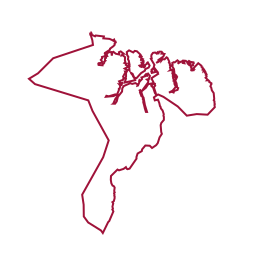 outline of Sør-Varanger nor, Finnmark, Norway, rotated 351°
{"feature_id": "86288312B98224162040661", "entity_name": "Sør-Varanger nor", "entity_type": "district", "adm_level": 2, "iso_a3": "NOR", "parent_name": "Norway", "parent_adm1": "Finnmark", "projection": "mercator", "projection_center": [30.163, 69.519], "detail": "fine", "context": "isolated", "style": "outline", "palette": "rose", "viewbox_px": 256, "rotation_deg": 351, "n_neighbors": 0, "source": "geoboundaries", "source_scale": "gbopen_adm2", "svg_char_len": 5742}
<svg xmlns="http://www.w3.org/2000/svg" viewBox="0 0 256 256"><g transform="rotate(351 128 128)"><path d="M37.9,63.9L43.0,70.1L93.1,94.5L95.6,105.6L107.0,137.2L98.9,153.0L72.3,186.7L72.2,196.8L70.5,208.5L73.9,215.1L85.3,225.0L86.7,227.8L93.7,217.8L94.9,217.0L100.5,208.1L99.8,206.0L100.5,205.4L100.3,203.3L101.6,200.2L101.0,198.8L102.5,198.1L103.7,195.5L104.1,193.6L103.8,192.8L104.2,192.0L104.0,190.2L104.8,189.6L104.5,188.1L105.5,184.8L105.0,183.4L103.7,182.4L102.9,180.0L102.9,176.5L103.7,172.7L111.1,167.4L112.5,168.4L117.2,167.7L119.8,166.3L120.4,168.1L121.1,168.6L123.2,168.4L131.6,159.6L131.8,158.0L133.5,154.7L138.0,153.0L138.6,151.3L142.4,148.0L146.7,148.9L148.6,151.5L153.1,149.4L155.0,147.6L157.7,142.2L160.5,139.1L160.2,137.1L160.7,130.3L161.7,128.2L164.7,125.6L165.2,122.5L164.9,121.5L165.5,120.0L164.9,116.1L163.6,113.9L163.4,111.9L163.0,111.4L162.8,108.1L162.0,104.7L158.8,104.9L158.4,101.8L161.5,100.2L160.1,97.8L159.1,92.0L157.6,90.0L157.8,88.2L158.3,89.5L159.2,88.9L158.3,87.7L154.8,87.9L151.9,91.1L147.4,93.7L146.8,95.0L147.5,99.3L148.1,100.4L148.3,108.0L149.3,115.1L148.2,114.9L147.6,110.6L147.7,108.6L146.8,108.1L147.5,108.3L147.1,105.0L147.5,102.9L147.1,101.7L147.6,100.5L146.8,99.1L146.9,98.2L146.1,98.2L146.0,97.3L146.5,97.1L145.7,96.3L145.4,94.7L145.9,94.3L145.4,92.7L146.0,92.5L146.5,93.8L147.6,93.5L155.0,86.1L155.5,84.5L154.3,83.1L156.8,82.8L156.7,81.9L157.8,80.0L156.3,77.4L155.4,78.1L155.1,79.3L154.5,79.0L154.7,77.8L154.4,77.5L153.4,78.3L154.3,78.8L153.9,79.4L149.2,80.2L149.6,81.8L147.5,83.4L146.8,82.5L146.3,83.4L146.4,84.5L144.5,87.6L143.9,87.7L144.3,86.7L144.1,86.2L142.3,84.8L139.1,85.1L137.2,84.1L130.4,85.9L128.6,87.9L127.8,91.1L122.9,95.6L121.0,100.0L119.0,102.0L117.5,101.7L118.2,101.4L117.7,100.9L120.3,96.9L123.4,94.6L120.9,93.5L118.7,94.2L111.0,93.7L111.7,92.8L114.0,93.7L120.7,92.8L123.4,93.7L123.0,92.2L124.8,89.4L125.1,87.9L125.8,88.0L127.0,85.1L126.2,83.6L128.4,84.5L129.2,82.6L127.6,83.0L127.9,82.3L127.0,81.9L126.5,80.5L130.7,79.6L131.3,77.9L131.9,78.3L131.2,76.4L134.1,72.7L133.9,71.8L135.0,72.1L136.1,70.7L134.0,68.8L137.4,67.7L137.3,66.7L135.7,65.3L136.2,64.1L134.6,63.2L135.7,62.3L135.5,60.6L136.2,57.6L134.1,55.2L133.3,55.3L134.4,53.6L135.2,53.8L132.8,51.2L130.9,51.7L131.0,54.1L127.5,52.7L125.5,50.5L124.3,51.1L123.3,54.0L123.5,50.4L120.5,50.1L118.7,51.7L118.4,52.5L118.7,53.6L117.8,53.5L117.3,55.3L116.3,55.5L115.8,57.6L116.2,58.0L114.7,58.9L114.8,59.8L113.9,60.7L113.0,60.8L112.7,62.1L108.8,61.1L108.7,59.9L109.1,59.4L112.5,59.5L112.7,58.0L111.8,56.5L113.4,55.1L113.4,53.8L116.4,53.4L117.3,51.8L116.7,50.9L116.9,50.3L122.3,47.9L122.7,46.8L126.4,44.9L127.9,43.7L128.0,42.3L129.3,41.6L129.2,40.6L127.8,39.9L128.3,39.4L128.1,38.5L127.0,39.2L123.7,37.1L117.7,35.6L118.5,33.8L110.6,31.6L109.8,32.3L105.6,29.5L106.5,35.7L106.4,40.5L65.0,47.4L47.7,59.9L37.9,63.9ZM173.1,57.9L170.8,57.5L169.9,58.9L169.0,57.9L168.1,59.1L166.6,57.7L164.4,57.7L162.7,59.4L162.2,60.8L162.3,63.0L161.4,63.2L164.0,69.8L163.2,71.1L163.2,72.3L165.4,76.3L165.0,76.7L166.2,77.7L165.8,78.2L166.2,79.3L159.3,82.3L159.3,83.9L160.2,86.4L159.9,87.2L161.5,88.5L161.2,89.1L161.5,90.4L159.9,91.8L160.8,97.4L160.3,97.7L161.8,100.1L163.0,99.6L167.9,102.8L180.5,114.5L188.0,125.0L198.1,125.0L208.7,127.3L217.0,121.0L217.0,118.7L217.5,118.0L217.3,116.9L217.6,115.1L217.0,114.0L217.7,112.9L218.1,106.9L216.7,103.9L216.5,101.0L215.9,99.8L216.7,98.3L217.5,98.6L217.2,98.3L217.4,96.9L215.5,95.3L215.7,94.7L214.9,93.5L213.7,93.3L214.3,92.9L212.5,90.5L213.7,89.6L213.5,88.7L213.9,87.8L213.3,87.5L213.8,86.9L213.7,86.2L212.5,85.3L212.1,83.4L212.8,83.6L212.4,82.6L211.7,83.1L212.1,82.0L211.5,81.0L210.9,81.4L211.1,79.8L210.2,79.2L210.3,78.0L207.5,75.0L202.0,79.3L202.2,79.7L201.5,79.5L201.8,81.2L200.1,81.2L199.5,80.9L200.1,78.5L199.5,77.3L199.6,76.7L202.0,76.3L201.8,75.5L203.1,74.3L203.0,73.4L199.8,72.4L199.9,73.3L198.7,73.3L200.4,74.4L198.5,74.1L199.4,75.4L198.3,75.4L197.1,73.8L199.6,72.1L198.7,71.3L196.9,72.4L195.6,70.7L192.8,70.0L192.3,70.3L193.8,71.9L193.9,72.9L192.2,72.3L192.2,71.3L190.9,70.7L187.1,72.2L189.0,70.7L187.4,68.9L184.4,70.5L182.7,70.0L183.0,70.3L181.9,70.7L182.0,73.5L181.1,71.9L181.2,73.5L182.6,77.0L182.5,79.7L182.1,79.9L182.4,80.5L182.2,81.7L183.9,83.6L184.5,85.2L183.7,86.4L182.9,84.6L182.4,84.3L182.2,85.2L182.9,86.2L182.2,88.9L182.4,89.8L183.1,92.1L183.7,92.0L182.5,92.4L183.0,94.2L182.7,95.4L183.8,96.4L182.9,98.1L179.5,98.6L178.6,100.1L177.0,99.1L174.0,99.4L177.9,98.1L181.7,94.8L180.8,91.9L181.0,88.5L180.4,88.4L180.7,87.5L180.3,85.5L180.9,83.9L180.4,83.6L180.8,82.5L180.3,80.9L180.9,79.8L180.6,77.4L178.7,77.5L179.3,77.1L178.9,74.8L179.6,73.6L179.1,72.4L179.4,71.0L178.7,69.9L179.2,69.5L179.0,68.4L177.9,64.8L177.1,64.2L174.9,65.9L172.9,65.4L171.4,66.8L171.6,65.6L170.6,65.5L168.8,67.3L166.0,68.1L168.6,67.0L168.6,65.6L174.0,63.0L175.6,60.6L172.9,59.8L173.8,59.0L173.1,57.9ZM145.0,54.2L141.2,51.5L138.7,52.8L138.6,55.9L139.5,57.8L138.7,60.1L139.3,61.6L139.4,65.0L138.5,64.7L139.3,67.2L138.7,67.9L138.5,71.3L138.0,70.3L136.6,70.8L134.7,73.3L134.1,77.0L133.5,77.8L133.8,78.8L131.8,82.6L142.5,81.9L141.8,78.9L141.1,77.9L141.3,77.3L139.7,74.6L139.9,74.3L141.0,75.2L142.0,79.1L144.1,80.2L149.5,75.8L153.7,74.0L154.2,72.6L157.9,71.5L159.1,69.7L157.8,66.3L157.3,66.5L157.5,67.2L154.6,68.5L154.4,69.8L153.8,70.5L153.0,70.4L152.8,69.2L151.1,69.9L149.6,69.1L149.1,68.2L152.6,67.8L152.6,66.7L151.8,66.7L151.6,65.8L152.7,66.1L153.1,67.6L153.3,66.3L153.0,65.1L153.7,65.2L153.9,64.2L153.4,63.2L151.5,62.8L151.8,61.8L152.8,61.7L152.1,61.1L152.0,60.2L152.7,59.6L152.2,58.8L150.0,60.0L151.8,57.5L148.8,53.6L146.7,52.9L145.0,54.2ZM162.2,72.9L160.4,74.2L160.7,75.8L159.9,75.9L160.1,77.3L164.4,76.9L162.2,72.9ZM105.7,29.4L106.1,29.4L106.8,28.8L106.5,28.2L105.7,29.4Z" fill="none" stroke="#9f1239" stroke-width="2"/></g></svg>